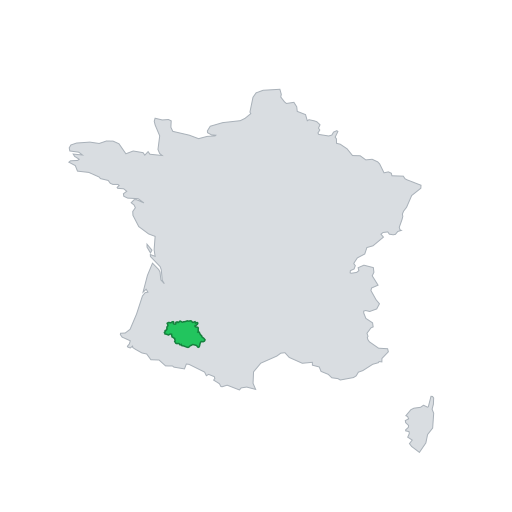 location of Gers within France, rotated 9°
{"feature_id": "FRA-5294", "entity_name": "Gers", "entity_type": "Metropolitan department", "adm_level": 1, "iso_a3": "FRA", "parent_name": "France", "parent_adm1": "", "projection": "robinson", "projection_center": [0.302, 43.692], "detail": "fine", "context": "in_parent", "style": "filled", "palette": "green", "viewbox_px": 512, "rotation_deg": 9, "n_neighbors": 0, "source": "natural_earth", "source_scale": "10m", "svg_char_len": 6191}
<svg xmlns="http://www.w3.org/2000/svg" viewBox="0 0 512 512"><g transform="rotate(9 256 256)"><path d="M395.5,208.0L392.2,209.6L390.3,212.8L388.2,213.6L384.3,213.6L382.4,211.6L377.8,212.9L376.0,214.9L378.9,217.4L370.0,227.6L364.2,230.3L363.1,237.0L356.4,242.0L354.0,247.3L353.8,248.3L355.6,250.0L354.9,253.5L351.5,255.7L351.6,257.9L352.6,258.2L357.9,256.5L359.9,254.4L358.7,251.6L364.0,248.2L373.7,249.1L375.0,253.6L373.9,257.4L381.1,265.7L375.2,269.5L374.9,272.1L381.4,280.4L385.4,283.9L383.5,289.4L377.0,293.0L372.8,292.7L371.0,293.6L371.3,295.4L374.3,300.5L381.6,303.8L382.8,307.7L380.8,309.0L377.7,314.9L379.2,317.8L378.7,319.0L379.5,321.0L381.4,323.0L391.5,327.9L400.5,327.0L401.7,329.9L396.4,337.5L396.9,340.9L394.1,341.0L393.6,342.2L388.2,344.7L379.4,352.5L375.3,354.7L373.7,358.7L371.3,360.8L358.6,365.3L356.1,364.3L349.9,364.4L345.9,361.6L338.3,359.8L335.8,355.7L328.8,355.0L328.3,352.2L318.5,354.7L304.7,351.0L299.7,347.0L295.7,348.1L292.2,351.6L277.5,361.1L271.7,370.8L273.0,382.2L276.5,387.8L267.3,386.9L262.0,388.6L260.6,390.9L247.7,388.1L242.9,390.5L241.6,390.3L239.9,387.9L233.6,385.2L234.5,383.4L233.7,381.7L227.7,380.3L225.7,382.0L223.4,378.7L206.8,373.5L204.1,373.6L203.0,378.7L192.3,378.6L190.8,377.7L183.9,378.7L176.5,373.9L168.4,374.9L163.4,369.9L158.5,369.6L151.7,367.1L148.6,365.7L148.2,364.3L146.2,366.5L143.6,366.0L143.1,365.3L144.7,362.6L145.1,359.4L136.5,357.1L134.3,354.8L134.3,353.5L138.9,352.5L143.1,348.1L147.1,332.1L150.1,313.2L152.2,309.6L154.9,308.6L152.7,306.0L150.1,309.4L151.8,292.1L154.9,279.3L162.0,284.6L163.7,286.9L165.8,294.5L169.8,297.7L167.2,294.6L164.6,284.4L163.0,281.5L151.8,273.0L151.4,271.1L156.4,272.1L154.4,265.7L153.3,252.4L146.5,251.0L135.6,245.3L128.1,235.1L127.3,231.3L129.3,227.2L127.6,224.7L124.4,222.9L126.9,219.4L129.2,219.1L137.0,221.1L130.6,217.8L120.2,218.9L116.1,217.7L115.3,215.3L118.2,212.3L114.8,210.3L108.8,210.8L108.1,210.0L109.8,207.7L108.4,206.9L103.5,207.7L100.7,207.0L98.2,204.5L90.3,203.9L88.6,202.5L77.8,199.6L66.4,200.1L63.4,195.0L56.5,192.6L57.9,191.0L64.9,189.5L66.2,188.1L61.3,186.0L59.5,183.9L68.8,183.4L64.7,181.2L55.7,181.4L54.6,178.4L55.8,175.3L61.1,172.5L74.1,169.5L83.5,169.4L90.3,165.8L96.9,164.9L103.1,166.6L111.5,175.4L118.3,171.5L128.3,171.6L130.4,173.8L133.1,169.8L135.3,172.1L147.6,171.4L144.8,169.8L142.5,166.1L142.1,152.4L135.9,142.4L134.4,138.8L134.8,135.7L142.1,136.3L148.2,134.9L151.1,135.8L151.8,142.2L154.3,145.9L171.2,147.1L180.9,149.1L189.1,145.5L196.8,143.8L197.4,143.0L193.0,143.3L188.9,141.8L188.4,140.1L190.5,135.0L202.2,129.5L219.3,124.8L223.6,121.8L228.6,116.2L227.5,114.8L228.2,99.7L230.6,94.8L237.1,91.2L253.5,87.6L255.7,92.4L255.6,95.1L260.0,99.3L262.2,100.6L269.4,98.3L272.9,102.3L274.1,106.7L282.8,108.6L285.5,114.4L287.0,113.1L292.5,113.4L295.1,113.9L298.7,116.4L297.7,119.9L299.3,121.6L297.9,124.8L298.9,126.1L309.0,126.1L312.0,124.7L313.2,121.5L316.2,119.6L317.4,120.2L315.6,126.2L317.1,127.7L317.9,132.1L321.7,132.4L329.2,135.9L335.6,141.7L343.2,140.7L349.4,143.9L355.6,142.3L361.5,144.0L363.7,145.7L369.4,153.8L373.6,152.2L376.7,153.1L377.7,155.5L389.0,154.1L391.1,156.4L393.5,157.2L407.9,160.3L408.2,163.3L400.3,171.9L397.1,184.3L394.8,188.5L394.0,191.7L394.8,193.9L394.5,197.2L393.0,205.2L394.1,207.6L395.5,208.0ZM454.4,374.6L453.9,379.8L456.1,383.5L457.4,398.3L453.4,405.5L453.0,414.1L448.1,424.4L439.5,419.8L436.9,417.3L439.1,413.4L434.2,411.2L435.2,407.4L434.6,405.5L431.2,405.3L431.0,404.3L433.3,401.4L433.2,399.5L429.9,397.2L429.2,395.2L432.2,392.9L430.8,390.8L429.0,390.3L433.0,383.6L435.8,381.6L442.2,379.7L444.8,377.2L449.1,378.5L449.8,377.9L450.8,367.2L452.3,367.1L453.7,368.5L454.4,374.6ZM152.3,266.5L151.3,269.5L147.0,264.3L146.5,261.4L152.3,266.5Z" fill="#d9dde1" stroke="#a8b0b8" stroke-width="1"/><path d="M188.0,350.0L187.7,349.9L186.2,349.1L185.8,349.1L185.2,347.8L184.9,346.5L184.1,346.4L183.3,346.6L182.6,347.1L182.0,347.7L179.3,347.2L178.4,347.3L178.2,347.0L178.1,346.8L178.0,346.4L177.9,346.2L177.5,346.0L177.5,345.8L177.6,345.5L178.0,345.1L178.2,344.7L178.1,344.4L178.0,344.2L177.9,343.9L178.2,343.6L178.7,343.6L178.8,343.5L179.0,343.3L179.5,342.1L179.6,341.9L179.5,341.7L179.3,341.5L179.2,341.3L179.2,341.1L179.2,340.8L179.2,340.2L179.2,339.9L179.4,339.6L179.7,339.1L179.9,338.5L179.9,338.3L179.8,338.1L179.7,337.9L179.5,337.4L179.4,337.2L179.0,336.8L178.8,336.6L178.8,336.3L179.1,336.0L180.0,335.4L180.4,335.2L181.4,335.4L181.9,335.3L182.3,335.3L182.6,335.1L183.1,334.5L183.8,334.0L184.1,333.9L184.4,333.8L184.8,333.9L185.0,334.1L185.2,334.4L185.2,334.6L185.1,334.8L184.9,335.0L184.8,335.4L185.0,335.6L185.1,335.8L185.4,335.9L185.7,336.0L186.7,336.0L186.9,336.0L187.2,335.8L187.4,335.5L187.4,335.2L187.2,334.3L187.5,333.9L187.6,333.7L188.4,333.5L188.6,333.4L188.9,333.5L189.1,333.8L189.3,333.9L189.5,333.9L189.9,333.7L190.1,333.4L190.3,333.2L190.7,332.5L190.9,332.3L191.1,332.2L191.4,332.1L192.7,332.6L193.2,332.8L193.4,332.9L193.7,332.9L194.0,332.8L194.7,332.3L195.1,332.2L195.7,332.1L197.7,331.2L198.0,330.9L198.3,330.8L198.6,330.8L199.0,330.9L199.5,330.9L201.4,330.3L201.8,330.2L202.4,330.4L202.7,330.6L203.5,331.3L203.7,331.5L204.3,331.4L206.0,330.4L206.3,330.7L206.5,330.9L206.6,331.3L206.7,331.7L206.9,331.5L208.2,330.9L208.7,331.0L209.0,331.4L209.0,331.9L208.8,332.5L207.3,334.3L206.9,334.5L206.6,334.7L206.9,335.2L207.7,335.5L208.6,335.6L209.3,335.5L209.8,335.6L210.1,336.0L210.3,336.6L210.4,338.0L210.8,339.2L210.7,339.6L210.5,340.2L212.0,340.2L212.2,340.7L212.6,341.4L213.8,342.7L214.6,343.1L214.8,343.3L214.9,343.5L215.0,344.0L215.3,344.3L217.5,345.6L218.8,346.8L218.4,348.1L217.1,349.0L215.4,349.0L214.9,349.6L214.4,351.2L214.3,353.5L214.1,354.6L213.4,355.2L212.8,355.1L211.5,353.9L210.9,353.6L207.4,353.3L207.2,353.4L207.0,353.5L206.3,354.3L205.3,354.7L203.9,356.5L203.2,356.9L202.3,356.9L198.3,356.1L197.0,356.2L196.7,356.1L196.5,355.9L196.4,355.7L196.2,355.3L196.0,355.1L195.9,355.3L195.7,355.4L195.3,355.6L195.0,355.6L194.7,355.6L194.4,355.3L194.0,354.7L193.8,354.6L193.4,354.5L191.5,354.9L191.0,354.9L190.6,354.8L190.2,354.5L189.9,353.9L189.7,353.7L189.2,353.4L189.0,353.1L189.1,352.8L189.3,352.2L189.3,351.8L189.2,351.6L188.8,351.1L188.6,350.1L188.3,350.0L188.0,350.0Z" fill="#22c55e" stroke="#15803d" stroke-width="1.5"/></g></svg>